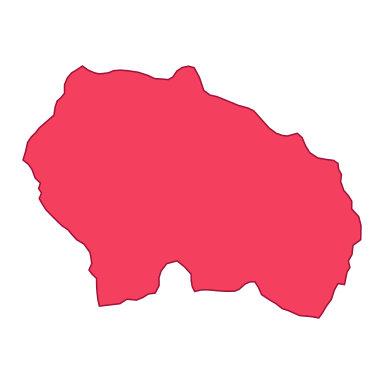 Barbosa, São Paulo, Brazil (Natural Earth projection)
{"feature_id": "56859067B46640188812314", "entity_name": "Barbosa", "entity_type": "district", "adm_level": 2, "iso_a3": "BRA", "parent_name": "Brazil", "parent_adm1": "São Paulo", "projection": "natural_earth1", "projection_center": [-49.922, -21.291], "detail": "fine", "context": "isolated", "style": "filled", "palette": "rose", "viewbox_px": 384, "rotation_deg": 0, "n_neighbors": 0, "source": "geoboundaries", "source_scale": "gbopen_adm2", "svg_char_len": 1704}
<svg xmlns="http://www.w3.org/2000/svg" viewBox="0 0 384 384"><path d="M318.8,318.0L322.6,312.6L326.2,306.4L331.3,299.5L334.4,290.0L337.9,283.6L344.5,284.6L345.9,277.6L347.1,271.9L349.9,267.5L348.4,260.9L352.0,254.5L353.0,245.4L360.7,239.7L361.0,225.6L358.7,216.6L351.7,208.9L351.8,201.3L348.4,195.7L343.8,190.5L340.6,181.3L341.5,174.6L338.7,169.5L338.0,163.5L333.6,160.4L326.4,159.5L317.7,157.9L309.8,152.7L305.5,145.8L302.1,137.6L297.3,133.3L287.4,136.0L282.5,135.5L276.3,133.3L269.2,128.1L261.3,119.3L253.8,110.9L248.2,108.1L238.3,105.4L221.4,98.4L216.8,96.6L210.1,95.1L203.8,90.5L199.4,77.4L194.2,67.7L188.5,66.2L182.1,67.5L176.9,71.0L172.8,77.1L168.3,79.6L161.1,79.0L154.7,78.6L147.7,75.3L137.9,72.2L127.6,70.7L120.4,70.1L113.6,70.7L108.2,72.9L99.2,73.9L94.5,72.8L88.2,70.2L82.4,66.0L76.2,70.2L71.6,72.9L67.4,77.8L64.5,84.7L64.5,93.3L60.9,97.8L57.1,101.1L55.2,106.9L53.9,115.2L39.1,128.1L35.6,132.7L31.2,137.0L27.6,142.4L25.5,151.9L23.0,160.0L28.4,164.3L32.0,169.5L35.3,178.3L40.4,183.1L38.6,188.6L41.5,192.9L39.2,198.6L42.2,203.8L46.1,209.9L53.4,217.4L61.9,225.7L68.1,229.9L72.6,235.3L76.7,239.7L84.1,244.2L90.0,252.5L91.0,257.9L91.8,263.7L89.0,269.8L91.9,274.0L96.5,278.3L96.7,288.2L97.8,299.2L99.4,306.1L119.9,303.7L126.8,299.2L136.5,300.1L143.2,297.3L148.3,294.0L155.2,293.1L159.1,285.5L159.0,277.7L161.1,270.9L166.8,263.6L177.1,260.9L184.6,266.9L191.2,274.3L191.2,280.6L192.3,286.8L194.7,291.5L200.9,290.0L206.5,289.8L211.2,290.1L217.1,290.7L226.0,291.3L234.9,291.1L239.3,289.2L245.1,284.0L250.2,281.8L254.9,281.9L258.4,287.3L261.6,294.6L269.9,300.1L276.1,303.7L282.2,308.6L288.6,310.7L293.2,312.8L299.8,315.6L312.1,316.7L318.8,318.0Z" fill="#f43f5e" stroke="#9f1239" stroke-width="1.5"/></svg>